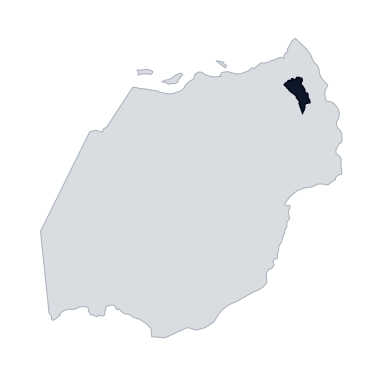 location of Nachingwea, Lindi, United Republic of Tanzania, rotated 264°
{"feature_id": "72390352B76457855664867", "entity_name": "Nachingwea", "entity_type": "district", "adm_level": 2, "iso_a3": "TZA", "parent_name": "United Republic of Tanzania", "parent_adm1": "Lindi", "projection": "robinson", "projection_center": [38.431, -10.327], "detail": "fine", "context": "in_parent", "style": "filled", "palette": "ink", "viewbox_px": 384, "rotation_deg": 264, "n_neighbors": 0, "source": "geoboundaries", "source_scale": "gbopen_adm2", "svg_char_len": 7707}
<svg xmlns="http://www.w3.org/2000/svg" viewBox="0 0 384 384"><g transform="rotate(264 192 192)"><path d="M142.2,280.2L138.0,277.8L134.2,276.3L131.1,274.6L129.8,273.0L126.9,272.3L124.4,272.1L122.0,270.6L117.3,270.0L116.7,269.0L116.7,266.8L115.8,266.2L114.1,265.6L112.2,265.7L111.1,266.0L110.4,265.8L108.9,264.5L107.4,262.8L106.9,260.2L104.7,258.4L102.2,257.1L95.2,257.2L94.1,256.8L92.4,255.5L90.5,253.2L88.9,250.7L87.5,247.2L86.1,242.6L78.0,223.9L77.2,220.4L75.6,216.5L73.0,211.7L70.3,208.2L66.6,204.9L62.4,201.7L60.1,199.6L55.8,190.8L54.9,186.7L54.2,182.4L54.5,180.7L57.1,175.2L57.4,173.7L57.1,171.6L55.7,167.3L54.0,162.0L50.5,152.3L50.0,149.9L50.1,148.1L52.1,138.3L52.1,136.9L60.1,137.1L65.9,132.8L71.0,126.4L72.0,123.7L74.1,119.6L76.1,117.5L76.9,116.1L78.1,112.0L80.7,109.2L83.3,107.1L82.8,105.6L83.2,105.0L84.6,103.9L87.4,102.9L87.9,100.8L87.9,98.4L87.4,97.0L87.5,95.4L87.1,94.6L85.3,94.3L82.6,93.1L80.3,92.6L78.8,91.9L78.2,91.4L78.0,89.9L79.2,86.2L78.0,84.6L80.8,78.4L81.3,77.7L82.3,77.6L83.9,76.9L85.4,76.6L86.6,76.8L87.5,76.6L88.3,75.9L89.0,73.8L89.5,70.2L89.2,67.4L88.0,65.1L87.7,61.8L88.2,57.2L87.8,53.5L86.6,50.4L85.2,48.6L83.2,47.8L80.1,43.2L79.1,41.0L79.3,39.6L80.3,39.0L82.4,39.2L84.2,38.7L86.0,37.4L87.7,37.0L88.6,37.2L168.7,37.2L262.2,96.3L262.6,97.0L263.4,102.1L263.2,103.8L261.8,106.8L261.3,108.3L261.3,109.4L261.7,109.8L262.9,109.9L263.9,110.6L264.3,111.2L265.1,113.4L266.1,114.5L301.7,143.5L302.5,143.9L302.0,146.3L300.0,152.2L299.8,154.7L299.1,157.6L298.3,159.5L296.3,167.8L294.5,170.9L292.2,178.2L291.8,183.7L293.1,187.6L293.6,191.3L296.3,194.9L298.5,196.2L300.0,197.8L302.6,201.5L304.1,205.3L308.8,207.1L310.7,211.3L310.0,214.2L307.8,216.6L305.8,220.5L304.1,225.6L304.1,233.4L305.2,232.2L307.7,234.1L308.0,239.9L305.4,246.6L304.7,249.7L304.5,252.4L306.4,260.4L309.2,264.5L309.0,265.7L308.3,266.8L313.1,274.0L312.7,280.3L314.5,285.2L315.3,289.4L316.5,292.6L316.7,294.9L315.2,297.4L318.7,298.0L320.8,300.0L321.8,302.0L324.3,301.9L325.7,303.2L327.7,304.3L332.1,307.6L333.2,309.2L334.0,310.8L321.9,321.1L317.5,323.7L314.4,325.0L311.1,325.6L307.9,327.3L304.9,329.8L301.1,331.1L296.4,331.1L291.5,332.9L283.9,338.2L279.4,335.3L275.9,334.3L271.8,334.4L269.3,334.8L268.5,335.4L267.7,337.2L267.0,340.2L264.4,343.1L259.7,345.8L255.5,346.8L251.5,346.1L248.9,345.0L247.5,343.4L245.5,342.7L242.8,342.8L240.2,343.9L237.7,346.0L233.8,347.0L228.4,346.7L225.5,345.7L225.1,343.9L222.7,341.8L218.4,339.4L215.2,339.4L213.1,341.6L211.3,343.1L209.6,343.7L208.0,343.7L205.9,343.1L199.9,342.9L194.2,343.0L193.6,339.7L192.5,337.6L191.4,336.4L189.5,336.1L188.9,335.2L188.3,333.2L187.3,331.4L186.0,329.9L185.2,328.6L185.0,327.4L185.2,326.0L186.3,322.6L186.7,320.3L186.6,317.9L185.9,315.4L184.6,312.5L184.7,311.7L184.3,309.7L184.2,308.3L184.5,306.6L184.2,304.3L183.0,299.5L183.0,298.2L181.8,295.9L178.0,290.3L177.8,289.6L171.9,284.0L169.5,282.8L168.7,283.8L168.4,284.8L168.6,286.6L168.5,287.5L168.2,287.9L166.8,287.8L165.9,287.6L163.7,286.1L162.0,285.7L157.6,286.0L156.1,286.4L154.9,286.0L152.6,283.5L149.9,282.9L147.5,282.8L143.5,279.9L142.2,280.2ZM309.5,186.8L311.4,192.9L311.2,194.1L309.8,194.8L309.1,194.8L308.2,193.9L307.6,191.8L306.6,192.3L304.8,189.8L303.0,189.7L301.5,186.7L302.1,184.1L301.7,179.7L303.6,177.5L304.7,173.7L305.9,176.3L306.2,180.3L307.9,185.1L309.5,186.8ZM318.9,150.1L319.0,151.6L318.6,152.9L318.7,157.3L318.6,160.2L317.1,164.2L315.9,165.6L314.9,165.2L314.0,164.6L313.3,163.5L314.7,156.1L314.0,150.7L316.7,151.2L318.9,150.1ZM314.9,238.9L313.5,239.3L313.0,238.9L312.1,237.7L313.6,236.7L315.0,234.7L318.3,231.7L319.9,229.4L319.6,231.7L317.8,236.7L316.2,237.0L314.9,238.9Z" fill="#d9dde1" stroke="#a8b0b8" stroke-width="1"/><path d="M258.9,310.1L259.4,310.4L259.8,310.5L260.0,310.7L260.0,310.8L260.3,310.9L260.5,311.0L260.9,311.2L261.1,311.4L261.4,311.8L261.6,312.0L262.4,312.2L262.7,312.3L263.1,312.6L263.5,312.7L263.9,312.8L264.9,313.0L265.2,313.1L265.4,313.0L265.5,313.0L265.9,313.2L266.3,313.1L266.6,313.0L266.8,313.0L267.0,313.1L267.7,313.1L267.9,313.2L267.9,313.3L267.8,313.5L267.8,313.8L267.7,313.9L267.7,314.0L267.8,314.0L268.0,314.3L268.0,314.5L268.1,314.9L268.2,315.0L268.2,315.3L268.3,315.3L268.4,315.5L268.3,316.1L268.4,316.6L268.4,317.1L268.4,317.5L268.4,318.4L268.5,318.6L269.3,318.6L269.8,318.6L270.0,318.6L270.4,318.6L270.5,318.4L270.8,318.3L271.1,318.3L271.3,318.3L271.4,318.2L271.9,318.1L272.1,317.9L272.3,317.8L272.6,317.8L272.9,317.7L273.8,317.3L274.4,317.1L274.7,317.2L274.8,317.2L275.1,317.3L275.5,317.3L276.2,317.4L276.6,317.4L277.2,317.2L277.4,317.3L277.7,317.3L278.1,317.1L278.3,316.9L278.4,316.7L278.4,316.1L278.4,315.4L278.4,314.9L278.5,314.9L278.8,314.8L279.6,314.8L280.1,314.8L280.5,314.8L282.1,314.8L282.4,314.7L282.6,314.6L283.1,314.3L283.9,314.0L284.5,313.6L285.0,313.4L285.3,313.3L285.4,313.2L285.5,313.2L286.0,312.9L286.2,312.7L286.4,312.5L287.1,311.9L288.3,311.9L288.7,311.8L288.8,311.8L289.1,311.2L289.3,311.1L289.5,311.3L289.7,311.7L289.7,311.9L289.8,312.2L289.9,312.3L290.1,312.3L290.3,312.6L290.5,312.9L290.7,313.1L290.9,313.2L291.2,313.1L291.3,313.2L291.5,313.2L291.9,313.2L292.1,313.2L292.3,313.3L292.7,313.1L292.8,313.1L293.4,313.1L293.6,313.1L293.7,312.9L293.7,312.7L293.8,312.6L293.9,311.5L293.9,310.8L294.0,310.1L294.2,310.3L294.5,310.1L294.8,310.3L294.9,309.4L294.9,309.1L294.9,308.6L294.9,308.1L294.1,307.6L293.6,307.6L293.4,307.4L293.2,307.3L293.2,307.2L293.3,306.8L293.3,306.5L293.2,306.4L293.1,306.0L292.7,305.2L292.6,304.6L293.0,304.4L294.0,304.4L294.2,304.1L294.2,303.6L294.1,303.0L293.8,303.0L293.7,303.0L293.4,302.9L293.1,302.6L292.8,302.5L292.6,302.3L292.6,302.1L292.5,301.9L292.4,301.9L292.6,301.6L292.7,301.4L292.7,301.0L292.8,300.9L292.8,300.7L292.7,300.4L292.7,299.7L292.6,299.4L292.4,299.3L292.4,299.2L292.2,298.8L291.8,298.7L291.6,298.5L291.4,298.4L290.9,297.7L290.6,297.5L290.5,297.1L290.6,296.6L290.6,296.4L290.3,296.4L290.0,296.4L289.9,296.2L289.8,295.9L289.7,295.9L289.7,295.6L289.5,295.2L289.4,295.1L289.2,295.2L288.9,295.0L288.7,295.3L288.7,295.5L288.4,295.5L288.3,295.4L288.2,295.4L288.1,295.5L288.0,295.8L287.8,296.0L287.7,296.1L287.7,296.3L287.4,296.3L287.3,296.5L287.3,296.4L287.2,296.6L287.1,296.8L286.8,296.7L286.7,296.8L286.7,297.1L286.3,297.3L286.2,297.4L285.9,297.5L285.6,297.5L285.4,297.5L285.2,297.7L285.1,297.9L284.9,298.2L284.7,298.3L284.6,298.5L284.7,298.8L284.4,299.0L284.1,299.1L283.9,299.1L283.6,299.1L283.4,299.1L283.3,299.3L283.2,299.4L282.9,299.5L282.7,299.5L282.5,299.9L282.5,300.0L282.4,300.0L282.2,300.1L282.1,300.3L281.7,300.5L281.5,300.8L281.2,300.9L281.2,301.1L281.3,301.3L281.1,301.3L280.8,301.5L280.7,301.6L280.8,301.6L280.6,301.8L280.4,301.8L280.4,302.1L280.3,302.4L280.1,302.4L280.1,302.5L279.9,302.9L279.7,303.1L279.4,303.2L279.3,303.3L279.1,303.3L279.1,303.6L278.9,303.7L278.9,303.9L278.7,303.9L278.6,304.0L278.4,304.3L278.2,304.4L277.8,304.5L277.7,304.7L277.7,304.8L277.7,305.1L277.4,304.9L277.3,305.0L277.2,305.3L277.1,305.6L277.0,305.8L276.8,305.8L276.7,305.8L276.8,306.0L276.7,306.2L276.5,306.4L276.4,306.4L276.3,306.5L276.2,306.3L276.2,306.0L276.1,305.9L276.0,306.0L275.9,306.1L275.8,305.9L275.6,305.9L275.2,305.7L274.8,305.8L274.7,305.8L274.6,306.0L274.3,306.3L274.1,306.4L273.8,306.6L273.5,306.7L273.4,306.7L273.2,306.8L273.0,307.1L272.9,307.2L272.7,307.3L272.7,307.6L272.4,307.8L272.1,307.8L271.9,307.9L271.5,308.0L271.2,308.0L270.8,308.0L270.6,308.2L270.5,308.4L270.4,308.4L270.1,308.5L269.9,308.4L269.7,308.4L269.3,308.4L269.1,308.3L269.0,308.1L268.9,307.9L268.7,307.7L268.5,307.8L268.4,307.9L268.4,308.0L268.0,308.1L267.8,308.1L267.7,308.1L267.5,308.3L267.3,308.4L267.1,308.4L267.1,308.5L266.9,308.7L266.7,308.7L266.5,308.8L266.4,308.8L266.2,308.7L265.9,308.7L265.7,308.6L265.5,308.4L265.4,308.4L265.2,308.7L258.9,310.1Z" fill="#0f172a" stroke="#020617" stroke-width="1.5"/></g></svg>